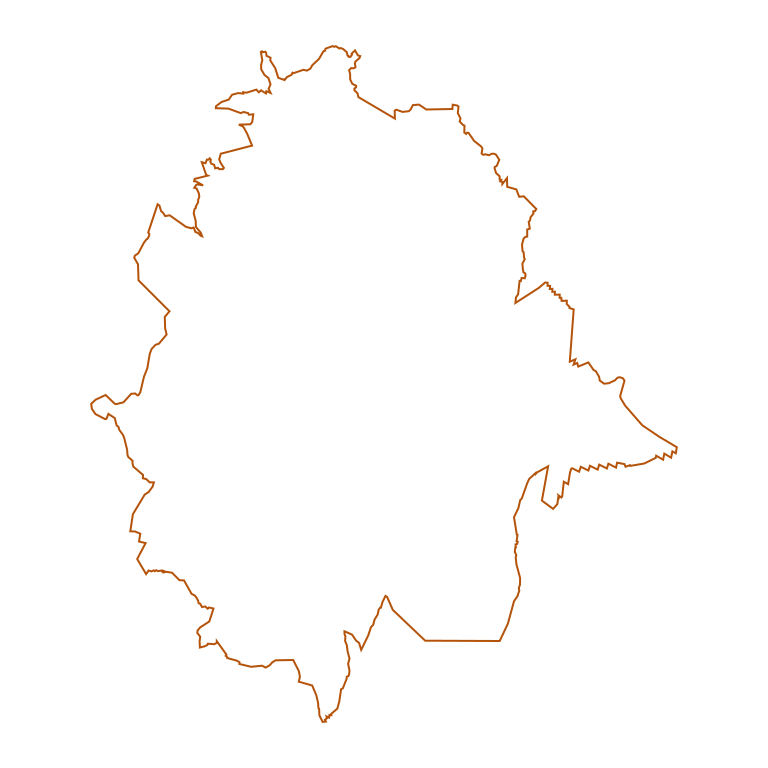 outline of Zautla, Puebla, Mexico
{"feature_id": "50627088B17809013633948", "entity_name": "Zautla", "entity_type": "district", "adm_level": 2, "iso_a3": "MEX", "parent_name": "Mexico", "parent_adm1": "Puebla", "projection": "equal_earth", "projection_center": [-97.698, 19.714], "detail": "fine", "context": "isolated", "style": "outline", "palette": "amber", "viewbox_px": 768, "rotation_deg": 0, "n_neighbors": 0, "source": "geoboundaries", "source_scale": "gbopen_adm2", "svg_char_len": 6034}
<svg xmlns="http://www.w3.org/2000/svg" viewBox="0 0 768 768"><path d="M570.0,472.6L571.3,468.6L572.3,468.3L579.1,471.7L580.8,466.8L588.4,470.5L589.9,465.8L597.7,469.6L599.2,464.6L606.9,468.5L608.4,463.7L616.0,467.6L617.1,462.7L624.5,464.1L625.5,466.7L630.0,465.2L630.3,465.9L644.3,463.5L655.8,457.8L656.2,455.7L663.1,459.7L664.3,453.6L671.1,457.7L672.4,451.4L675.8,453.3L676.8,447.2L659.6,437.0L642.3,425.3L625.2,405.7L620.7,398.3L620.2,395.8L624.5,380.7L623.0,378.4L619.8,377.2L617.5,377.7L615.0,380.3L608.8,383.2L604.1,383.7L599.8,380.6L599.1,376.8L595.9,371.3L593.6,370.0L588.3,362.4L578.3,366.6L577.2,363.0L573.6,364.6L575.4,359.3L569.8,361.7L573.7,309.4L569.5,308.0L569.5,306.9L566.7,303.9L566.8,300.7L561.6,300.9L561.3,297.9L559.7,297.9L559.7,294.6L554.8,294.7L554.9,291.7L552.3,291.8L552.4,288.8L549.8,289.0L550.1,285.9L547.6,285.9L547.6,282.7L545.1,282.5L538.8,287.9L515.4,303.0L516.0,297.3L518.1,294.4L519.6,280.9L520.8,281.1L521.6,278.0L524.8,278.3L525.6,275.2L525.2,273.4L523.5,272.4L522.9,269.7L522.4,263.7L524.8,259.0L524.1,257.6L523.6,252.2L522.6,251.3L522.0,244.6L523.7,238.4L525.5,236.8L527.2,236.6L527.2,229.5L529.8,228.6L528.7,221.8L530.0,220.5L530.6,217.2L533.4,213.7L533.2,211.4L535.0,211.1L536.3,209.0L523.8,196.3L519.2,196.8L516.3,189.4L507.2,186.8L507.0,178.1L502.4,184.0L502.4,181.9L500.3,181.4L501.2,179.8L499.7,179.7L499.6,176.3L496.1,173.1L494.5,168.0L494.8,166.9L496.7,166.0L499.3,159.8L496.1,154.8L494.4,153.8L491.9,153.7L488.9,155.2L485.3,154.3L483.2,154.8L481.6,153.5L482.4,148.5L481.3,146.6L474.2,141.0L468.5,132.8L467.1,132.7L466.2,133.9L464.3,132.5L464.5,125.6L462.9,124.9L459.7,121.5L460.5,118.4L457.8,113.1L458.5,106.6L457.5,105.6L452.7,104.7L452.4,109.0L426.3,109.5L419.0,104.6L412.9,105.1L410.5,109.7L408.8,111.2L402.6,111.9L396.3,109.7L394.7,110.6L394.9,118.6L358.4,97.1L357.5,93.3L354.4,90.2L354.4,88.6L356.1,87.3L356.2,85.8L352.3,83.8L350.2,79.5L350.1,73.9L349.1,70.2L351.1,68.1L353.8,68.3L355.5,67.2L354.9,63.4L355.4,61.5L359.4,58.2L360.2,56.1L357.9,55.4L355.0,50.4L351.6,53.7L352.0,54.7L350.4,56.9L348.6,56.8L348.4,55.8L347.5,55.5L346.8,52.2L343.1,49.0L340.6,48.0L339.4,48.5L335.8,46.2L334.2,46.8L332.5,46.1L325.5,48.7L324.9,50.9L323.5,51.2L319.0,58.9L312.4,65.1L310.3,68.7L306.9,70.6L303.4,69.8L293.4,73.2L292.5,72.7L291.4,74.9L286.8,77.2L285.4,79.1L284.4,79.2L284.4,80.0L278.3,77.8L275.2,68.1L270.3,60.5L270.5,57.7L266.5,55.8L266.1,52.7L265.3,51.7L262.8,52.2L262.0,51.3L260.9,51.9L262.3,60.3L261.1,65.0L261.2,69.3L264.5,75.0L268.4,78.0L270.5,84.4L268.6,88.8L270.6,93.0L266.4,91.2L266.0,93.4L261.4,90.6L261.8,89.8L258.8,92.3L256.4,89.6L246.5,92.7L243.2,92.2L243.3,93.6L238.2,93.1L232.1,94.7L228.7,99.6L221.5,102.0L216.0,106.2L215.8,108.2L228.4,108.6L240.7,113.1L243.6,112.0L248.1,113.1L248.8,114.7L253.3,114.3L252.2,122.0L250.3,124.3L238.8,124.6L242.8,126.4L243.9,127.7L247.1,133.6L252.1,145.6L220.8,153.7L219.2,159.3L220.5,162.7L223.9,167.9L222.8,169.2L219.0,169.1L218.0,167.8L215.1,168.3L214.2,164.8L211.3,163.7L210.3,161.8L210.9,159.8L209.7,158.3L208.4,159.7L206.9,159.6L205.5,163.2L201.8,162.2L206.1,174.8L207.8,175.6L194.7,178.9L194.1,181.2L196.2,181.5L203.1,185.4L197.5,184.4L196.1,185.0L194.3,187.8L196.6,188.5L198.8,193.2L199.3,196.8L198.2,199.7L198.1,202.4L195.8,206.5L195.9,207.8L194.5,209.2L193.7,213.4L195.6,220.5L196.0,227.1L200.8,232.7L202.1,236.3L200.6,235.7L198.2,233.1L195.3,231.9L193.6,227.5L191.3,228.3L185.9,226.8L169.7,215.3L165.2,216.1L162.8,212.4L161.2,211.3L159.4,205.5L157.6,204.3L148.2,232.6L149.3,233.8L149.1,235.9L147.5,238.8L146.3,239.5L143.8,242.9L138.3,253.3L134.9,255.6L134.2,257.7L138.0,264.3L138.5,280.3L169.5,311.3L164.8,316.8L165.1,328.1L166.6,334.5L158.9,343.7L155.5,344.8L151.6,349.0L149.8,353.7L147.3,368.4L144.0,376.6L140.3,392.2L138.5,395.1L137.3,395.3L135.2,393.5L131.2,393.8L123.5,402.3L116.3,404.1L114.8,403.8L105.6,395.0L95.6,399.7L91.2,403.8L91.9,408.9L95.5,414.1L105.1,419.1L106.5,418.8L108.4,413.9L114.8,418.1L116.6,425.4L118.5,426.9L119.3,429.9L122.8,434.6L124.2,437.9L127.1,449.6L127.5,455.0L128.3,457.0L132.6,460.8L132.4,462.7L133.3,466.6L143.0,474.9L142.9,478.3L146.3,479.1L149.6,482.3L153.9,482.4L152.6,486.6L148.7,492.0L144.7,494.6L132.9,514.2L130.3,531.3L135.0,531.5L140.3,533.7L139.0,541.5L145.6,543.1L137.2,559.0L146.1,574.1L148.6,570.5L151.3,571.4L153.7,570.4L154.7,571.2L156.3,570.2L158.1,571.2L162.1,570.4L164.2,571.2L162.3,571.6L163.2,572.5L166.1,571.8L172.0,572.7L179.5,580.2L184.0,580.4L191.6,593.9L194.6,595.4L196.3,597.4L198.2,600.9L198.6,603.2L200.1,603.7L202.0,607.0L205.3,606.5L207.7,608.7L208.9,607.5L213.5,608.5L209.3,621.5L200.3,627.3L197.6,630.4L197.3,632.9L200.2,636.7L199.6,641.5L199.9,647.5L204.7,646.3L207.4,644.9L207.8,643.7L214.2,644.2L216.8,642.9L216.8,641.2L226.4,654.6L225.7,655.8L226.8,656.5L227.2,658.0L236.6,660.6L239.5,662.2L239.4,664.0L251.2,666.8L262.1,665.7L265.6,667.6L269.7,665.3L272.1,662.5L275.5,660.3L293.2,660.0L298.9,671.2L299.9,676.8L298.8,681.7L312.2,685.5L316.3,695.2L318.1,703.0L318.4,707.9L319.1,708.9L319.4,715.3L322.6,721.9L325.9,721.5L324.9,719.8L327.0,718.2L326.5,716.4L329.1,717.6L329.4,715.0L331.4,715.2L331.2,713.8L337.3,708.7L339.3,701.4L341.1,689.2L342.8,688.4L346.6,678.9L346.8,676.7L348.4,676.1L349.1,674.3L349.5,670.6L348.1,663.7L349.5,658.6L347.6,651.4L346.8,645.1L345.1,641.0L345.4,636.3L344.5,634.0L344.5,631.3L352.0,634.6L356.2,640.7L359.1,642.9L361.2,649.9L368.3,635.3L370.9,627.3L373.2,624.8L374.6,619.5L377.6,614.7L378.7,609.6L380.1,607.7L380.9,607.7L382.5,602.0L385.5,595.9L387.1,596.9L392.8,609.9L425.2,640.7L499.7,641.0L507.9,623.6L514.0,601.2L517.5,596.1L519.3,590.5L518.8,588.2L520.0,584.5L520.1,578.0L516.4,564.1L515.7,557.4L516.3,555.2L514.8,551.9L515.3,547.4L515.9,547.3L515.5,544.4L517.2,543.9L517.7,541.7L516.6,541.3L517.5,534.8L516.8,534.6L514.0,517.2L518.4,508.1L520.2,500.1L521.8,498.5L527.1,483.5L529.2,478.9L535.1,473.5L534.9,475.1L536.7,472.6L548.1,466.3L541.9,500.6L553.1,508.9L557.4,504.0L558.1,498.1L558.6,498.5L559.1,497.3L558.5,495.4L561.4,497.5L562.2,496.4L563.8,481.7L568.1,484.2L570.0,472.6Z" fill="none" stroke="#b45309" stroke-width="2"/></svg>